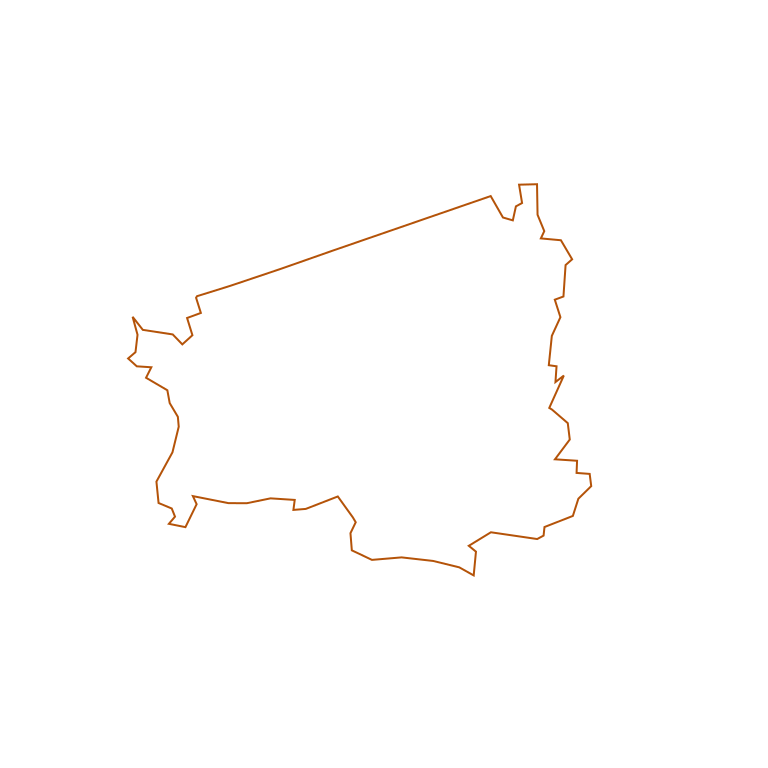 Bedford, Virginia, United States of America, rotated 224°
{"feature_id": "52423323B54527042369331", "entity_name": "Bedford", "entity_type": "district", "adm_level": 2, "iso_a3": "USA", "parent_name": "United States of America", "parent_adm1": "Virginia", "projection": "robinson", "projection_center": [-79.533, 37.312], "detail": "fine", "context": "isolated", "style": "outline", "palette": "amber", "viewbox_px": 768, "rotation_deg": 224, "n_neighbors": 0, "source": "geoboundaries", "source_scale": "gbopen_adm2", "svg_char_len": 1198}
<svg xmlns="http://www.w3.org/2000/svg" viewBox="0 0 768 768"><g transform="rotate(224 384 384)"><path d="M335.3,604.4L356.6,610.3L372.3,597.7L374.9,605.3L391.1,612.4L412.7,634.0L425.3,621.2L410.4,610.1L412.5,603.4L405.0,591.2L414.1,586.4L437.8,593.3L513.8,443.8L537.9,395.8L562.8,347.8L579.5,317.3L579.1,315.5L565.1,307.9L571.5,294.7L555.7,286.0L556.6,272.4L570.4,272.9L595.1,255.4L611.5,257.7L595.5,248.2L584.9,234.3L585.8,224.6L574.1,225.0L563.0,234.4L559.5,223.2L535.5,229.0L524.9,221.4L509.5,217.2L502.0,210.7L488.7,187.9L479.9,155.7L463.5,141.8L450.2,147.0L442.2,143.4L441.6,134.0L427.4,143.1L435.3,167.4L443.6,170.6L413.2,190.2L399.9,202.9L386.2,222.9L367.7,238.6L361.7,230.5L353.5,239.8L339.1,271.0L313.7,266.4L308.3,264.9L304.5,253.4L291.6,242.0L270.5,249.1L250.9,271.5L225.8,290.8L202.5,304.4L186.5,308.6L201.4,327.3L210.6,326.5L204.1,351.6L166.1,378.9L163.9,385.8L169.2,392.6L156.5,420.3L164.5,436.5L164.0,454.5L173.6,462.2L183.7,453.8L191.8,462.9L208.7,448.6L211.8,473.1L224.6,483.5L245.4,482.3L248.5,481.6L260.5,515.0L262.0,504.5L272.2,516.6L278.5,512.0L296.7,535.2L303.5,554.6L319.7,563.3L315.7,571.6L336.0,595.7L335.3,604.4Z" fill="none" stroke="#b45309" stroke-width="2"/></g></svg>